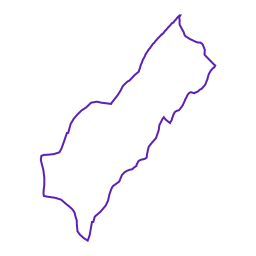 Koubia, Mali, Guinea
{"feature_id": "49546643B77076064318361", "entity_name": "Koubia", "entity_type": "district", "adm_level": 2, "iso_a3": "GIN", "parent_name": "Guinea", "parent_adm1": "Mali", "projection": "equal_earth", "projection_center": [-11.645, 11.768], "detail": "fine", "context": "isolated", "style": "outline", "palette": "violet", "viewbox_px": 256, "rotation_deg": 0, "n_neighbors": 0, "source": "geoboundaries", "source_scale": "gbopen_adm2", "svg_char_len": 3253}
<svg xmlns="http://www.w3.org/2000/svg" viewBox="0 0 256 256"><path d="M215.2,65.4L213.8,64.3L205.8,56.1L204.5,54.6L204.8,49.8L202.8,44.7L201.9,43.6L200.2,42.5L197.8,42.5L195.3,41.6L191.2,39.6L190.0,39.1L185.4,36.1L184.5,34.8L183.7,32.2L182.7,30.4L182.1,29.3L179.7,24.8L179.5,22.9L179.7,20.4L179.1,17.0L180.1,15.8L180.3,15.4L179.6,15.4L179.0,16.0L178.6,16.3L178.0,16.9L177.7,17.2L177.4,17.5L177.1,17.9L176.6,18.6L176.2,19.1L175.7,19.8L175.1,20.2L174.5,21.0L174.0,21.6L173.5,22.6L172.8,22.7L172.2,23.0L171.6,23.6L170.6,24.9L170.3,25.2L169.9,25.6L169.1,26.5L168.4,27.1L167.6,28.1L167.3,28.5L166.7,29.1L165.9,30.2L165.6,30.4L164.7,31.1L164.2,32.1L163.8,32.8L163.5,33.0L163.1,33.3L162.7,33.7L162.2,34.3L161.9,34.2L161.4,34.8L160.8,35.2L160.6,35.6L160.2,36.0L159.8,36.4L159.2,37.1L158.8,37.4L158.2,38.0L157.7,38.5L156.9,39.5L156.4,40.1L156.0,40.5L155.6,40.9L154.9,41.8L154.3,42.8L153.5,43.4L152.8,44.0L152.1,45.1L151.4,46.1L150.8,46.9L149.9,48.3L148.9,49.3L148.2,50.3L147.5,51.4L146.6,52.7L145.6,54.2L145.2,55.4L144.5,56.9L144.0,57.8L143.5,58.7L142.9,59.7L142.4,61.0L142.0,62.5L141.5,63.3L141.0,64.5L140.5,65.8L140.2,67.0L139.9,68.0L139.5,69.3L139.1,70.3L138.8,71.6L134.7,75.0L129.4,80.6L127.7,81.4L125.2,83.7L122.8,86.1L120.4,90.9L117.5,95.4L111.5,103.0L111.1,103.9L106.3,103.3L101.5,102.7L96.9,101.7L91.1,102.7L86.2,107.4L81.7,110.3L77.3,114.6L73.8,118.7L70.7,123.8L68.2,132.9L66.9,133.0L64.4,140.4L61.5,148.5L59.4,152.3L54.0,154.1L48.1,154.7L44.1,154.9L41.4,155.8L40.8,160.0L43.4,170.2L44.3,177.7L44.3,184.9L43.7,189.8L43.5,193.6L43.9,196.0L48.1,196.8L54.7,197.7L61.0,199.6L66.0,203.9L69.7,206.8L72.2,209.2L73.8,211.3L74.7,213.1L75.3,215.8L76.8,220.7L76.8,223.6L77.5,231.3L79.9,234.6L83.9,238.2L87.7,240.6L88.7,237.9L89.7,235.0L91.0,227.5L91.8,222.8L91.9,222.0L93.3,221.9L94.8,216.6L100.4,211.8L105.6,205.7L108.0,200.7L109.5,194.0L111.5,188.6L112.9,186.1L119.2,181.6L122.0,174.9L124.6,172.2L127.1,170.8L129.6,169.8L131.4,169.4L132.4,169.2L133.0,168.5L133.6,167.9L136.5,165.8L136.7,164.3L136.9,164.0L137.5,163.0L137.7,162.5L138.3,161.3L139.5,160.4L140.2,160.1L140.8,159.9L141.6,159.5L142.3,159.4L143.0,159.4L144.0,159.0L144.6,158.9L145.3,158.6L146.0,158.1L146.4,157.9L146.7,157.2L146.9,156.3L146.9,155.2L147.0,154.5L148.0,149.5L148.8,146.6L151.6,143.1L156.0,138.1L158.7,130.2L159.4,125.1L162.5,119.0L163.8,117.2L164.9,118.7L166.4,120.2L170.0,123.0L170.4,122.0L171.0,121.3L171.3,120.8L171.8,119.7L172.0,118.8L172.3,117.7L172.7,116.8L173.1,116.1L173.2,115.1L173.8,114.1L174.1,113.3L174.3,113.0L174.6,112.4L175.1,111.9L175.7,111.5L176.2,111.2L177.1,110.7L178.5,110.4L179.2,110.0L179.9,109.1L180.7,108.0L181.4,107.1L182.3,105.8L182.9,105.0L183.3,104.0L183.8,102.9L184.3,101.9L184.7,101.0L185.1,99.6L186.0,98.3L186.4,97.4L187.0,96.2L187.4,95.2L188.0,94.4L188.7,93.4L189.2,93.1L190.0,92.5L191.0,92.2L191.8,92.5L192.5,92.7L193.3,92.9L194.4,93.2L194.8,92.7L195.6,92.6L196.1,92.3L196.5,92.0L197.1,91.9L197.5,91.6L198.1,91.3L198.8,90.7L199.2,90.2L199.8,89.7L200.8,89.2L201.9,88.6L202.5,87.8L203.4,86.8L204.5,85.5L205.2,84.6L205.9,83.1L206.5,81.3L207.3,79.6L207.6,78.3L207.9,77.1L208.4,75.4L208.7,74.4L209.3,73.2L210.0,72.0L210.7,70.8L211.3,70.1L212.1,69.1L212.9,68.3L214.0,67.4L214.4,67.3L214.9,65.8L215.2,65.4Z" fill="none" stroke="#5b21b6" stroke-width="2"/></svg>